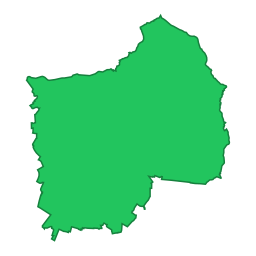 the district of Guadalajara, Jalisco, Mexico
{"feature_id": "50627088B82139506900234", "entity_name": "Guadalajara", "entity_type": "district", "adm_level": 2, "iso_a3": "MEX", "parent_name": "Mexico", "parent_adm1": "Jalisco", "projection": "albers", "projection_center": [-103.334, 20.678], "detail": "fine", "context": "isolated", "style": "filled", "palette": "green", "viewbox_px": 256, "rotation_deg": 0, "n_neighbors": 0, "source": "geoboundaries", "source_scale": "gbopen_adm2", "svg_char_len": 5716}
<svg xmlns="http://www.w3.org/2000/svg" viewBox="0 0 256 256"><path d="M194.2,36.2L192.1,36.3L190.2,36.0L188.5,35.1L187.5,34.1L186.5,32.7L186.0,32.3L184.6,32.2L183.2,31.2L181.5,30.3L179.7,29.7L173.4,26.2L171.6,25.5L170.3,24.6L165.5,20.4L163.7,19.1L161.6,17.9L160.6,15.4L158.9,18.1L157.6,18.2L157.0,18.4L154.9,19.9L154.3,19.9L153.9,20.3L153.9,20.9L153.4,21.2L152.8,21.0L152.2,21.3L150.7,22.1L150.3,22.4L150.1,22.7L149.7,23.0L149.2,23.1L147.9,22.8L146.9,22.9L146.6,23.2L146.4,23.8L145.8,24.4L144.8,24.5L143.1,25.7L140.3,27.2L140.3,27.6L140.7,28.4L140.5,28.8L141.4,29.7L141.6,30.7L143.5,36.0L143.7,39.1L142.6,41.4L139.9,42.9L138.4,44.3L137.8,46.4L136.8,47.8L136.2,49.9L135.6,50.9L134.9,51.5L132.5,52.1L131.4,53.2L130.5,53.0L130.2,52.5L129.4,52.5L128.9,52.7L129.3,53.4L128.8,54.9L128.4,56.1L127.1,57.5L126.6,57.4L126.2,57.5L124.9,57.9L123.4,58.7L122.6,58.7L122.1,58.9L121.8,59.4L119.5,60.3L120.0,60.7L120.1,61.3L120.0,61.7L119.5,62.0L119.3,62.5L119.5,62.7L119.5,64.8L118.2,65.8L116.9,66.1L116.6,67.6L115.7,68.8L115.9,71.0L113.3,69.9L113.3,70.9L112.4,70.4L111.8,69.8L111.3,69.0L110.9,68.9L109.8,69.6L107.1,69.7L102.7,72.0L99.3,71.5L98.3,71.6L95.3,73.8L89.9,75.6L89.1,75.6L78.6,74.8L77.7,74.1L77.3,74.0L76.6,74.1L75.2,74.6L73.0,75.2L72.0,76.5L71.1,76.9L64.5,78.0L62.6,78.0L61.5,78.1L54.9,79.6L49.6,80.3L48.7,80.3L47.5,79.8L44.9,77.4L43.5,76.7L42.4,76.4L41.2,76.6L35.8,78.3L31.7,77.7L31.1,77.5L29.8,76.7L29.3,76.6L28.3,76.7L27.7,77.1L27.4,77.5L27.0,79.8L26.6,80.2L33.2,89.2L32.6,90.1L32.2,91.9L33.9,93.5L34.1,95.8L34.3,96.0L35.2,96.2L36.0,95.8L36.5,95.7L37.1,95.9L37.3,96.0L37.4,96.3L37.0,98.2L34.4,100.5L34.9,101.2L33.0,102.4L33.0,103.1L33.4,103.7L31.1,104.8L30.0,105.6L30.9,106.5L31.2,107.0L31.6,107.2L31.8,108.0L32.3,108.5L33.1,108.6L35.4,107.5L37.2,107.3L37.5,107.3L38.8,108.6L39.4,108.4L38.7,110.0L38.7,110.4L37.5,111.7L35.7,114.2L34.8,114.6L35.4,122.7L34.5,122.8L34.0,123.2L32.2,123.4L32.2,122.9L31.4,122.9L31.5,128.4L33.1,128.1L33.0,132.0L32.7,133.0L35.1,133.5L36.7,133.6L36.6,136.4L36.7,138.3L36.1,138.4L32.7,144.2L32.7,145.1L33.4,145.3L33.7,146.0L33.6,146.5L33.1,146.9L33.6,148.3L34.6,150.3L36.4,152.9L39.2,155.7L40.4,156.6L38.4,159.8L39.5,160.2L41.1,161.4L43.3,166.5L37.6,169.8L38.9,172.2L39.1,174.0L39.0,176.0L38.2,178.5L36.8,181.5L39.5,183.1L40.2,183.2L41.2,183.1L42.3,182.4L43.5,182.5L42.9,184.0L40.8,188.8L40.7,189.3L40.7,189.8L41.0,190.5L41.7,191.7L42.5,192.1L42.4,192.9L42.2,193.5L41.6,193.3L41.1,195.3L40.8,195.2L39.2,201.0L37.9,206.7L40.4,208.1L50.8,214.8L42.4,225.9L42.6,226.4L42.4,227.0L43.9,228.2L44.4,228.9L44.9,227.8L47.0,228.1L50.4,226.6L51.6,226.6L51.7,228.3L52.3,228.2L53.7,229.9L52.1,235.2L53.2,235.6L52.7,235.8L53.2,236.0L51.6,238.9L54.5,240.6L59.0,229.3L59.5,229.4L63.7,231.4L64.3,231.4L66.5,231.8L68.3,232.5L68.9,231.2L70.3,231.8L71.6,226.8L78.0,228.6L78.6,228.9L78.6,229.3L80.8,230.2L81.0,229.2L81.9,229.7L82.4,227.9L82.9,228.3L83.4,228.3L83.4,228.5L83.8,228.5L83.8,227.9L84.8,227.8L87.5,228.2L93.8,228.5L93.9,228.1L97.1,228.3L97.5,228.2L99.0,229.1L99.2,228.7L99.8,228.5L101.8,228.4L101.8,227.9L100.6,225.4L101.8,225.5L102.6,225.3L102.5,225.1L102.9,224.8L104.0,223.1L106.4,224.6L107.0,224.6L106.5,225.9L106.7,226.6L107.6,227.3L111.6,229.8L111.7,231.3L112.0,232.0L112.4,233.7L117.8,232.6L117.7,232.9L121.0,232.1L121.6,230.3L122.1,223.7L127.4,226.7L132.2,221.4L133.4,220.7L134.3,219.7L135.3,218.2L135.8,218.0L136.2,215.2L135.0,215.0L132.5,213.0L131.8,212.8L132.2,211.2L132.9,211.0L133.6,210.3L134.1,209.1L134.3,208.1L137.0,204.0L140.0,206.1L141.9,206.4L143.3,206.3L143.8,207.1L144.2,208.2L144.4,209.2L144.9,209.2L144.9,208.5L144.7,207.6L143.7,206.0L144.3,205.2L146.4,202.2L148.4,199.9L149.8,196.7L150.1,196.6L150.1,188.3L151.6,188.3L151.7,183.7L151.1,183.2L152.8,182.0L148.8,176.3L152.8,177.1L153.0,176.5L154.5,177.0L154.9,175.6L159.8,177.5L161.6,176.5L162.2,176.7L161.6,179.4L170.8,180.2L189.7,182.3L190.2,182.4L190.2,182.7L191.5,182.9L191.4,183.0L195.1,183.5L200.2,183.7L205.4,184.2L205.8,183.8L206.5,182.7L207.3,181.9L208.0,181.5L209.5,180.1L210.0,179.9L211.7,179.8L212.9,179.5L214.2,178.1L215.5,177.6L216.6,176.7L216.8,176.7L220.5,178.1L220.9,178.2L221.1,178.0L220.4,176.2L219.4,174.7L219.7,173.6L220.4,173.7L220.5,173.3L220.1,173.0L220.2,172.3L220.8,171.7L221.9,165.8L224.2,163.1L224.3,162.6L224.2,160.8L223.9,157.4L223.2,155.5L223.8,152.6L223.8,149.4L224.0,148.8L226.8,144.9L228.5,144.2L229.0,143.8L229.4,142.7L229.3,141.7L228.8,140.1L229.1,137.9L228.1,134.1L228.1,132.1L226.5,129.1L224.8,130.7L224.4,130.6L223.6,128.8L223.4,128.2L223.6,127.6L224.1,126.9L223.7,126.5L224.5,125.6L224.4,124.9L224.0,124.4L224.3,123.8L224.3,123.3L225.2,123.1L225.6,122.7L224.9,122.2L224.0,122.1L223.4,120.5L223.5,120.3L223.4,119.6L222.1,116.3L222.0,113.5L221.5,112.5L220.8,112.1L220.2,111.3L219.7,110.5L219.6,109.8L219.8,108.9L220.1,108.0L220.0,104.3L220.6,104.6L220.9,103.2L220.8,102.4L219.8,101.5L219.9,100.4L220.6,100.0L220.6,99.7L220.6,99.3L220.2,98.9L220.3,98.4L220.7,98.0L221.3,97.7L221.9,96.8L222.1,95.5L221.9,94.8L222.0,94.6L222.8,94.4L222.8,94.1L222.5,93.7L222.9,93.3L222.9,93.1L222.4,92.5L222.6,92.0L223.1,91.8L223.3,91.5L222.8,91.0L222.8,90.7L223.7,90.5L224.4,90.1L224.1,89.3L224.2,88.7L225.2,88.3L225.7,87.6L226.4,87.2L226.5,86.7L226.2,85.9L224.1,85.2L223.4,84.8L222.9,84.4L220.9,84.3L220.2,83.8L219.3,82.7L217.4,81.1L217.0,80.4L216.4,80.0L215.3,78.5L214.5,78.5L213.6,77.6L213.2,76.8L213.2,76.3L212.7,75.4L211.9,74.9L211.3,73.9L210.8,71.7L211.6,70.5L211.0,69.4L209.4,68.8L208.6,67.5L206.7,66.0L205.9,65.3L205.5,64.7L205.4,64.2L205.6,63.8L205.6,62.9L206.3,61.9L206.7,60.8L206.8,59.9L206.7,57.6L206.0,55.5L205.3,54.3L204.9,53.3L202.6,51.0L201.9,49.7L201.8,49.2L201.0,48.9L200.1,47.9L198.4,42.5L197.9,39.6L197.4,38.4L196.6,37.4L194.2,36.2Z" fill="#22c55e" stroke="#15803d" stroke-width="1.5"/></svg>